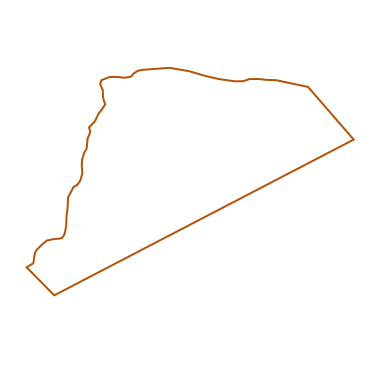 Mataluafata, Tuvalu, rotated 279°
{"feature_id": "33948139B35495729479107", "entity_name": "Mataluafata", "entity_type": "district", "adm_level": 2, "iso_a3": "TUV", "parent_name": "Tuvalu", "parent_adm1": "", "projection": "equal_earth", "projection_center": [176.114, -5.671], "detail": "fine", "context": "isolated", "style": "outline", "palette": "amber", "viewbox_px": 384, "rotation_deg": 279, "n_neighbors": 0, "source": "geoboundaries", "source_scale": "gbopen_adm2", "svg_char_len": 899}
<svg xmlns="http://www.w3.org/2000/svg" viewBox="0 0 384 384"><g transform="rotate(279 192 192)"><path d="M269.1,343.5L313.9,290.2L315.6,257.6L314.5,248.9L314.0,240.0L312.5,231.0L309.3,225.0L308.0,216.3L307.8,200.5L308.7,187.0L310.9,170.0L311.1,150.5L306.9,132.3L304.5,122.4L302.9,119.1L299.8,115.8L296.9,114.0L295.6,111.9L294.2,106.5L294.0,101.8L293.6,97.3L292.5,92.2L288.2,85.0L284.2,84.4L278.5,88.0L275.4,88.6L272.0,89.2L268.3,90.7L265.1,92.5L260.0,90.4L255.4,87.7L246.7,85.0L239.6,80.2L235.8,82.0L233.2,81.7L228.3,80.5L224.1,80.8L218.1,81.1L213.6,79.3L206.7,78.4L200.7,79.0L193.4,80.8L185.9,79.9L181.4,77.8L178.3,74.2L167.2,70.4L158.3,71.5L152.1,71.8L149.2,71.8L141.9,72.7L136.1,73.0L130.3,72.7L126.3,70.9L125.2,68.3L123.9,62.9L121.4,56.3L117.4,52.7L113.0,49.4L110.1,47.3L106.8,46.4L102.1,46.4L96.8,46.4L91.7,40.5L68.4,72.1L269.1,343.5Z" fill="none" stroke="#b45309" stroke-width="2"/></g></svg>